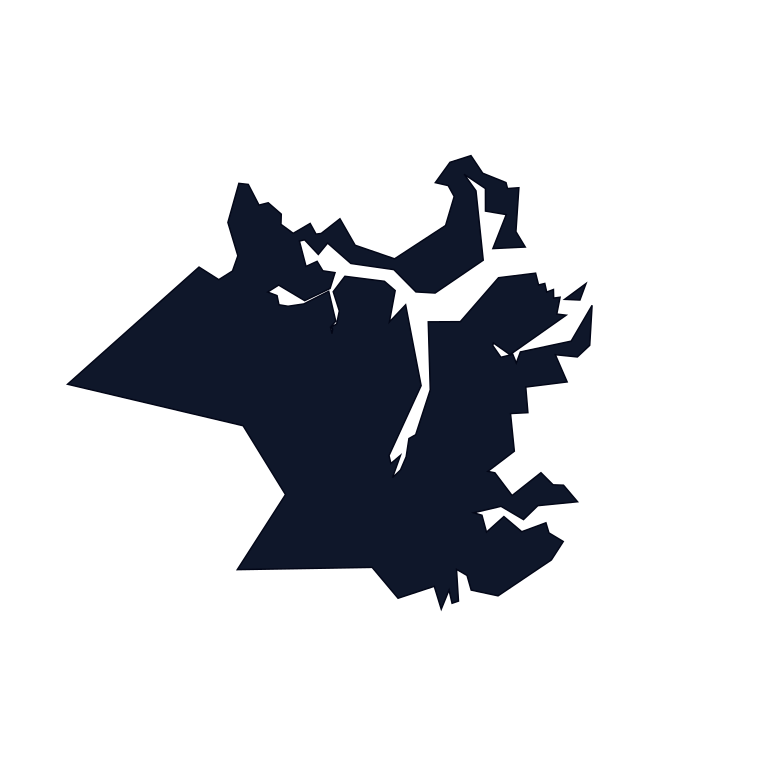 outline of Sørfold nor, Nordland, Norway, rotated 132°
{"feature_id": "86288312B94814604845877", "entity_name": "Sørfold nor", "entity_type": "district", "adm_level": 2, "iso_a3": "NOR", "parent_name": "Norway", "parent_adm1": "Nordland", "projection": "albers", "projection_center": [15.554, 67.519], "detail": "medium", "context": "isolated", "style": "filled", "palette": "ink", "viewbox_px": 768, "rotation_deg": 132, "n_neighbors": 0, "source": "geoboundaries", "source_scale": "gbopen_adm2", "svg_char_len": 1960}
<svg xmlns="http://www.w3.org/2000/svg" viewBox="0 0 768 768"><g transform="rotate(132 384 384)"><path d="M186.3,282.0L226.9,273.6L268.9,304.1L279.9,299.7L275.8,308.1L285.9,315.0L282.7,328.8L280.3,330.2L277.9,310.0L211.0,294.7L216.4,302.4L201.7,311.2L206.6,315.4L200.4,321.3L206.8,324.6L201.7,331.8L207.0,335.4L200.2,345.5L228.4,370.0L286.6,369.0L308.2,392.7L357.4,345.7L400.5,326.5L407.8,329.0L423.3,318.8L436.8,314.2L448.0,315.0L426.1,324.0L438.5,325.7L433.8,332.4L360.4,355.3L310.7,420.9L334.3,421.5L307.1,438.2L307.4,452.4L330.1,485.1L349.4,483.5L359.6,466.1L371.2,459.3L376.7,461.4L377.5,458.9L381.5,456.2L377.5,461.9L369.6,461.9L352.1,487.1L378.2,497.2L390.4,507.3L395.4,515.1L389.9,522.6L393.5,532.0L381.0,528.5L375.1,498.7L349.1,488.0L334.0,494.9L340.8,505.2L337.6,515.8L348.8,520.6L334.4,542.5L330.0,539.5L331.7,519.5L317.0,520.2L316.6,489.3L292.4,453.2L294.2,421.9L282.2,406.9L225.6,393.1L178.9,444.9L174.5,464.8L170.9,439.4L187.6,424.3L176.3,406.5L210.5,393.7L187.7,370.7L182.5,387.9L147.9,415.1L156.1,423.0L152.7,428.1L161.3,451.7L156.1,472.2L175.1,483.3L200.0,480.6L193.6,469.1L197.7,457.3L225.0,444.3L283.9,459.9L300.2,498.3L290.7,527.3L314.1,531.4L318.1,534.8L314.1,546.3L332.8,552.3L334.3,567.4L326.5,574.0L326.8,591.3L334.7,596.6L326.5,618.4L332.0,626.1L368.4,608.1L386.5,578.4L401.4,572.2L417.0,576.6L420.9,599.7L595.9,619.0L509.3,460.8L532.1,383.2L620.1,368.8L528.2,270.1L533.8,230.2L500.7,211.3L513.0,190.8L493.6,197.8L501.4,186.7L495.5,183.4L473.2,206.1L470.7,194.2L478.8,181.3L465.1,157.5L402.7,141.9L381.1,145.4L384.3,161.8L378.8,170.8L401.6,182.8L402.3,206.2L425.5,208.7L416.0,223.4L419.7,231.2L396.6,215.2L391.4,189.6L371.5,188.3L342.0,161.4L339.1,182.9L345.8,190.9L344.9,208.0L381.2,214.2L375.8,242.2L379.5,248.4L346.7,242.2L321.3,270.2L309.0,257.9L291.4,276.6L259.9,249.3L247.6,276.3L234.5,258.4L217.6,257.0L186.3,282.0ZM190.5,294.6L174.2,301.1L200.2,306.4L190.5,294.6Z" fill="#0f172a" stroke="#020617" stroke-width="1.5"/></g></svg>